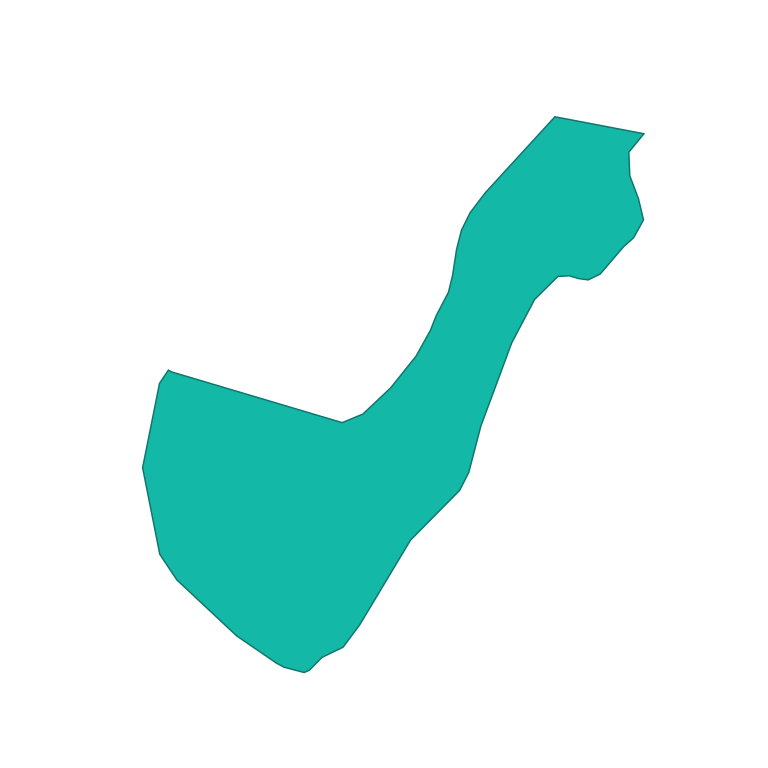 the Highly Urbanized City of Zamboanga, rotated 12°
{"feature_id": "PHL-4932", "entity_name": "Zamboanga", "entity_type": "Highly Urbanized City", "adm_level": 1, "iso_a3": "PHL", "parent_name": "Philippines", "parent_adm1": "", "projection": "robinson", "projection_center": [122.183, 7.185], "detail": "fine", "context": "isolated", "style": "filled", "palette": "teal", "viewbox_px": 768, "rotation_deg": 12, "n_neighbors": 0, "source": "natural_earth", "source_scale": "10m", "svg_char_len": 743}
<svg xmlns="http://www.w3.org/2000/svg" viewBox="0 0 768 768"><g transform="rotate(12 384 384)"><path d="M586.2,85.2L575.3,106.3L581.1,129.2L594.4,149.9L603.7,169.5L597.8,189.0L589.8,199.9L572.6,231.5L562.1,239.7L552.5,240.4L542.7,239.6L531.7,242.7L513.7,270.1L500.4,317.2L487.5,404.9L485.3,453.0L480.0,472.5L442.4,531.2L410.4,624.4L398.7,649.9L380.2,664.3L370.6,679.4L365.9,682.8L345.0,681.8L336.8,679.4L292.2,661.0L222.1,618.7L200.1,597.2L165.3,516.1L164.3,430.0L170.2,415.3L170.4,415.4L174.2,416.4L351.1,430.5L368.4,418.6L369.6,417.8L391.3,386.4L409.6,350.0L418.2,322.0L420.8,306.6L428.0,280.7L428.5,263.5L427.0,237.5L427.8,217.4L432.7,198.3L443.4,175.7L495.6,87.1L586.2,85.2Z" fill="#14b8a6" stroke="#0f766e" stroke-width="1.5"/></g></svg>